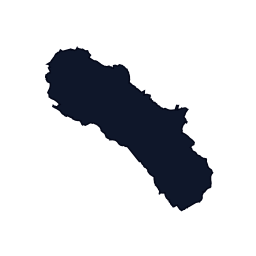 Dealu, Harghita, Romania, rotated 112°
{"feature_id": "2599482B29353811741057", "entity_name": "Dealu", "entity_type": "district", "adm_level": 2, "iso_a3": "ROU", "parent_name": "Romania", "parent_adm1": "Harghita", "projection": "orthographic", "projection_center": [25.317, 46.415], "detail": "fine", "context": "isolated", "style": "filled", "palette": "ink", "viewbox_px": 256, "rotation_deg": 112, "n_neighbors": 0, "source": "geoboundaries", "source_scale": "gbopen_adm2", "svg_char_len": 5779}
<svg xmlns="http://www.w3.org/2000/svg" viewBox="0 0 256 256"><g transform="rotate(112 128 128)"><path d="M86.6,222.6L88.4,222.8L89.5,222.8L90.5,223.2L93.3,223.8L93.8,224.1L95.1,224.2L96.0,224.4L99.0,226.7L98.6,224.7L100.5,223.9L100.9,223.5L100.9,223.3L102.0,224.2L103.6,222.4L104.0,221.6L105.0,221.2L106.2,221.1L106.3,221.5L107.2,222.6L109.0,223.2L109.3,223.8L111.0,223.6L111.4,223.4L111.1,223.3L111.2,222.9L111.7,223.0L112.0,222.1L112.8,221.8L112.7,221.5L112.8,221.4L113.7,221.2L113.8,221.6L115.2,220.0L114.9,219.5L115.2,219.1L115.3,217.2L115.9,216.6L118.1,215.7L120.6,215.3L125.1,215.6L125.4,215.4L126.1,213.9L128.7,212.6L128.7,211.6L129.1,210.9L129.3,208.9L129.2,207.4L129.9,204.1L131.6,199.8L132.2,200.2L132.2,200.4L132.4,200.7L132.8,200.8L133.4,201.2L134.8,201.2L135.2,202.7L135.2,203.6L135.4,203.8L135.7,204.7L135.7,205.1L135.4,205.2L135.5,205.4L135.2,205.5L135.1,205.8L136.2,205.7L136.2,204.9L136.5,204.1L136.6,201.6L137.3,197.6L139.2,194.4L139.6,192.8L139.2,191.9L139.9,191.6L140.2,190.8L140.1,189.5L139.0,189.4L139.0,188.8L139.3,188.6L139.3,188.4L139.2,187.3L139.5,185.4L139.0,183.5L139.6,183.6L139.8,182.5L140.1,182.5L140.3,179.8L140.0,178.7L139.9,177.8L139.3,176.6L139.4,176.3L139.2,174.5L139.7,174.2L139.9,173.8L140.5,173.5L140.8,172.9L141.8,172.0L142.1,171.1L141.4,170.7L141.0,170.1L141.1,169.4L141.3,169.3L141.1,168.9L141.3,168.6L139.4,166.8L137.9,165.7L137.0,164.6L136.8,162.7L136.2,162.1L136.2,161.0L136.4,159.8L136.1,158.6L136.4,158.1L136.5,157.8L136.4,157.2L136.9,156.4L137.1,155.6L137.7,154.0L139.1,152.5L140.1,152.0L140.5,151.5L141.4,148.9L141.2,147.9L141.7,147.6L142.1,146.9L144.6,144.7L144.3,143.6L144.9,143.5L145.1,140.3L145.6,140.3L144.5,137.9L144.0,135.3L144.1,134.5L144.6,132.7L146.1,130.4L146.6,128.6L146.4,126.7L145.6,125.4L145.6,125.1L145.9,124.1L145.8,122.9L145.3,121.7L154.8,104.9L154.3,104.4L154.0,103.8L156.0,101.2L156.7,99.4L157.4,99.0L157.7,98.6L158.0,97.9L157.8,97.2L157.9,96.7L159.1,93.9L160.3,93.5L160.7,93.2L161.7,91.8L162.2,90.5L162.6,90.2L163.4,85.9L163.7,85.2L165.0,84.8L165.3,84.4L165.8,84.4L166.1,84.0L166.4,84.1L167.3,83.3L167.6,83.3L167.7,83.0L168.2,83.1L168.6,82.8L168.7,82.3L169.1,82.3L170.0,81.2L170.4,81.2L170.4,80.6L170.8,80.5L171.1,79.4L171.5,79.1L171.5,78.4L172.0,78.2L172.3,77.4L172.7,77.3L173.0,76.8L173.0,76.6L173.5,76.4L174.0,75.4L174.2,75.2L175.7,74.4L176.1,74.5L177.2,74.3L177.2,74.1L176.4,73.9L175.8,73.5L175.6,73.2L175.4,72.0L174.8,70.9L174.8,70.6L174.4,70.4L174.2,69.7L176.7,67.9L178.4,66.1L179.0,64.4L179.5,63.8L179.2,63.5L179.1,63.0L179.2,62.7L180.5,62.3L180.5,61.9L180.9,61.9L181.5,60.4L182.2,60.0L182.6,59.3L182.7,58.7L183.0,58.6L183.0,58.2L184.1,56.6L183.5,55.7L183.0,55.5L182.6,55.0L181.9,54.8L181.5,53.9L181.1,53.4L181.5,53.0L183.8,49.6L184.4,47.4L182.7,46.2L182.1,45.2L180.1,44.5L179.8,43.3L179.7,43.2L178.8,43.4L178.4,43.3L178.3,42.5L171.8,37.5L171.2,36.9L170.1,35.2L169.5,34.6L169.6,34.0L168.5,33.9L168.2,33.6L167.1,33.1L165.2,33.1L162.7,34.2L159.4,34.0L159.0,34.4L158.4,33.4L158.5,33.1L156.8,32.7L154.6,31.9L153.8,31.2L153.1,30.8L152.6,29.8L151.5,29.3L151.0,29.8L149.8,29.9L148.3,30.7L148.2,30.4L147.1,30.9L145.5,31.9L142.1,33.3L139.7,33.4L137.8,32.8L136.9,34.1L136.5,34.2L135.7,35.0L135.0,37.9L134.4,38.9L134.4,39.3L134.0,39.3L133.5,39.9L132.2,40.8L129.9,42.9L127.8,43.6L127.4,43.9L127.7,45.7L128.2,47.2L127.9,47.8L127.9,48.4L127.6,49.7L127.0,50.9L127.2,53.1L127.0,53.9L126.8,54.5L126.2,54.9L125.4,56.3L125.1,59.8L123.2,61.5L122.8,62.9L122.2,62.7L122.1,62.8L121.4,62.8L120.5,62.3L120.0,62.2L118.8,60.9L118.4,60.9L117.8,61.2L116.9,61.1L116.5,61.5L116.2,61.9L115.1,64.3L114.4,67.2L113.4,69.2L112.6,72.1L112.4,73.4L112.2,75.6L112.6,75.8L112.5,76.0L112.0,76.1L111.8,76.5L111.4,76.5L111.2,76.8L110.0,76.9L109.3,77.6L108.7,77.9L108.0,78.0L107.5,78.3L107.4,78.1L107.1,78.2L106.5,78.0L105.3,78.3L103.5,77.7L101.4,77.5L101.3,75.7L100.2,75.7L100.1,76.5L98.4,77.9L98.0,78.5L97.3,79.9L96.6,80.5L94.1,80.3L92.3,80.5L88.4,79.6L88.4,80.4L87.9,81.9L88.2,82.9L89.6,84.9L89.6,85.2L89.5,85.7L90.4,86.1L91.0,86.6L91.6,87.9L91.9,87.8L92.7,89.2L88.4,89.7L88.9,90.5L88.7,90.8L88.7,91.1L88.8,91.3L93.6,91.0L95.5,94.6L96.0,96.1L96.1,96.9L96.2,98.3L96.0,100.7L96.3,101.3L97.0,102.0L97.3,102.5L97.2,103.1L96.9,103.7L96.9,104.0L96.9,104.5L97.3,104.9L97.3,105.3L96.3,106.6L96.1,107.6L96.3,107.9L96.3,108.2L96.0,108.7L95.8,109.9L95.1,110.4L95.1,110.9L94.9,111.1L94.9,111.5L94.6,112.0L94.7,112.5L94.3,112.8L94.6,113.7L94.9,114.0L95.0,114.4L94.4,114.8L94.3,115.1L93.8,115.3L93.7,115.7L93.9,116.1L93.2,117.1L92.6,117.3L92.7,117.8L93.1,118.1L93.2,118.7L91.0,119.6L90.8,119.4L90.7,119.7L90.3,119.8L89.7,119.6L89.3,120.0L89.7,121.2L89.6,121.9L89.8,123.0L90.4,124.2L91.4,125.5L87.5,126.7L90.1,128.8L88.3,133.7L88.3,134.4L88.6,134.9L87.9,136.0L87.3,136.5L87.3,137.3L87.0,137.9L86.8,138.5L87.3,138.8L85.7,142.6L85.9,143.6L84.4,144.4L82.5,144.8L81.4,145.4L79.9,146.0L78.2,147.1L76.9,148.3L76.3,148.4L75.6,149.5L74.6,150.5L74.0,150.9L74.0,152.2L72.8,154.6L73.0,155.1L72.4,156.3L72.3,157.0L72.5,157.6L72.5,158.6L72.7,159.7L73.4,160.0L74.6,160.9L74.8,161.9L74.6,162.3L74.7,162.6L74.7,163.3L75.6,164.7L78.1,164.0L78.3,164.7L78.1,164.8L78.4,165.2L78.4,165.5L77.8,166.4L78.0,167.3L78.4,168.2L77.8,168.8L79.1,170.4L79.3,171.1L79.5,172.4L79.9,173.4L79.6,174.1L79.4,176.7L78.8,178.5L78.4,180.5L78.1,181.1L78.0,183.0L78.6,184.8L77.5,190.5L75.4,190.4L74.5,190.1L73.4,192.7L71.6,194.4L72.6,196.5L72.0,199.5L72.5,199.6L72.7,201.5L73.0,202.7L72.9,203.9L73.3,204.4L73.2,204.7L72.7,205.2L74.8,205.4L75.8,206.2L75.9,206.5L76.2,206.8L76.0,207.2L76.1,207.6L76.3,207.8L76.1,208.5L76.3,208.7L76.4,209.6L76.6,209.7L76.5,209.9L76.8,210.0L76.6,210.4L76.9,210.4L76.9,210.7L76.6,210.8L76.7,211.0L81.5,217.3L81.0,219.9L83.7,220.1L84.0,220.9L84.2,221.2L84.8,221.5L85.3,221.5L86.1,221.8L85.9,222.2L86.6,222.6Z" fill="#0f172a" stroke="#020617" stroke-width="1.5"/></g></svg>